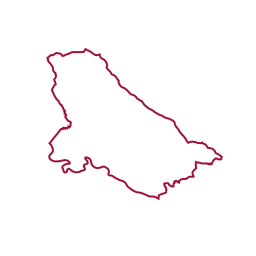 Toro, Valle del Cauca, Colombia, rotated 108°
{"feature_id": "7082276B37830397780712", "entity_name": "Toro", "entity_type": "district", "adm_level": 2, "iso_a3": "COL", "parent_name": "Colombia", "parent_adm1": "Valle del Cauca", "projection": "equal_earth", "projection_center": [-76.078, 4.647], "detail": "fine", "context": "isolated", "style": "outline", "palette": "rose", "viewbox_px": 256, "rotation_deg": 108, "n_neighbors": 0, "source": "geoboundaries", "source_scale": "gbopen_adm2", "svg_char_len": 5846}
<svg xmlns="http://www.w3.org/2000/svg" viewBox="0 0 256 256"><g transform="rotate(108 128 128)"><path d="M126.6,29.9L125.7,31.9L125.6,32.4L125.1,34.0L124.8,36.4L124.6,37.0L124.4,37.3L123.3,38.0L122.4,39.5L121.7,40.9L121.6,41.5L121.9,44.4L122.3,45.8L121.6,46.7L120.6,47.8L119.8,49.1L119.6,50.2L119.5,52.1L119.4,52.4L118.9,52.9L119.1,53.1L119.7,53.4L119.8,53.6L120.0,54.4L120.7,57.0L120.5,59.7L120.9,60.9L120.9,62.3L121.4,63.2L121.7,64.0L122.8,65.5L123.3,65.8L123.4,66.2L122.8,67.4L121.8,68.6L120.7,69.4L120.3,70.3L119.8,70.7L119.2,71.8L118.3,73.0L117.5,74.8L116.7,75.7L115.8,77.6L114.4,78.9L112.6,81.4L111.7,83.0L109.9,84.6L109.0,85.0L108.0,85.7L107.7,86.3L107.1,87.7L106.5,91.6L106.6,93.7L106.5,95.6L106.6,96.8L106.5,97.2L105.6,99.9L105.8,101.5L105.6,102.8L105.4,103.8L105.3,104.8L105.0,105.6L104.5,107.9L104.0,108.9L103.7,110.0L103.4,111.7L103.2,113.4L103.1,114.1L102.6,115.5L100.9,119.7L99.8,121.0L99.3,121.8L98.5,122.7L98.2,123.1L98.1,123.6L98.2,124.4L98.1,125.2L97.6,126.4L97.1,128.6L96.7,129.2L95.8,130.2L95.2,131.8L95.0,132.9L95.1,134.9L94.8,136.3L93.7,138.3L92.9,139.5L91.7,142.2L91.3,143.5L91.1,144.7L91.0,146.8L89.5,149.3L88.8,150.2L87.3,151.2L87.0,151.3L86.1,151.3L85.6,151.6L85.4,152.4L85.0,153.1L83.7,154.5L82.6,156.2L82.1,158.1L82.0,159.6L81.8,160.4L81.5,160.8L80.6,161.4L80.3,161.8L77.9,166.2L77.2,167.0L76.5,167.2L75.0,167.1L74.5,167.2L73.7,167.7L71.8,169.6L71.1,170.5L70.7,171.2L69.6,175.4L69.1,176.2L68.5,176.7L66.8,177.8L67.3,178.4L68.4,180.2L68.6,180.8L68.6,181.9L68.4,183.2L67.3,186.4L66.8,188.2L66.6,190.2L66.2,192.1L66.2,192.9L67.3,193.0L68.9,193.5L69.3,193.7L69.5,194.0L72.0,201.1L72.9,204.1L73.2,204.6L76.1,207.8L77.6,210.0L78.8,211.0L79.7,212.4L79.7,212.8L78.8,213.8L78.2,215.3L78.5,216.8L78.6,218.3L78.7,219.0L78.9,219.4L79.9,220.3L81.8,221.7L82.1,222.4L82.3,223.5L82.6,223.9L85.1,225.5L86.1,226.3L86.5,226.3L87.5,225.2L88.9,224.8L89.7,223.4L90.2,222.9L90.8,221.7L92.2,219.8L93.1,218.7L94.3,217.8L94.8,217.8L96.2,217.0L97.2,216.2L97.4,215.9L97.8,215.0L98.0,214.1L98.2,213.9L99.1,213.8L100.0,212.8L100.9,212.5L102.3,212.5L103.0,212.6L104.8,213.2L105.5,212.7L107.4,211.1L108.7,210.3L109.4,210.6L110.0,211.1L111.3,211.5L114.4,212.1L115.5,212.1L115.6,211.9L116.2,211.2L117.3,210.5L117.7,209.9L118.9,209.0L119.8,207.9L120.6,207.3L121.1,206.8L121.6,205.9L122.4,205.3L122.6,204.4L123.5,203.4L123.8,202.4L125.8,200.6L126.2,199.7L126.6,199.5L126.9,198.0L127.5,197.9L128.8,195.9L129.4,195.8L130.0,195.3L130.3,194.6L130.6,194.5L130.8,194.3L130.9,193.6L131.0,193.4L131.7,193.1L132.1,193.4L132.4,192.8L133.4,192.9L133.9,192.8L134.1,191.7L134.7,191.3L134.8,190.7L135.1,190.7L135.9,191.2L136.3,191.3L136.7,191.1L137.3,190.4L137.8,190.2L138.2,189.2L138.9,188.6L139.1,188.1L139.9,186.9L139.9,186.5L139.8,185.8L139.9,185.1L140.0,184.7L140.4,184.1L140.9,183.9L142.6,183.9L143.4,183.3L144.0,183.4L145.4,183.9L145.1,185.1L145.4,185.0L145.7,185.3L147.0,185.5L146.9,185.9L147.1,187.1L147.8,187.5L148.1,187.5L148.2,188.3L147.7,188.3L147.4,189.1L147.5,189.4L147.7,189.6L148.2,189.6L148.6,189.2L149.2,189.9L149.1,190.0L149.1,190.4L149.5,191.3L166.9,197.9L167.7,196.2L168.3,195.5L170.1,193.8L171.5,192.8L172.9,192.4L174.4,192.4L176.0,193.0L177.5,193.8L179.0,194.2L179.6,194.1L180.9,193.3L181.5,192.7L181.8,192.0L182.1,191.3L182.4,189.5L182.5,188.6L182.3,186.9L180.9,183.2L180.3,182.1L178.2,178.6L177.9,177.7L177.8,176.5L177.8,175.5L178.0,174.4L178.3,173.8L179.1,172.7L179.4,172.4L179.9,172.6L181.2,175.4L182.9,177.2L184.6,178.3L185.3,178.4L185.9,178.2L186.4,177.9L187.3,176.9L188.7,176.1L189.4,175.4L189.8,175.0L189.8,174.7L189.7,174.1L189.4,173.3L189.1,173.0L188.5,172.7L188.1,172.7L187.6,172.9L186.4,172.9L185.6,172.4L185.0,171.7L184.9,171.5L186.2,167.7L186.4,166.6L186.4,164.7L186.3,164.0L185.9,162.9L184.8,160.8L183.4,159.2L181.9,157.2L181.2,156.4L180.8,156.2L180.2,156.2L179.7,156.5L178.6,157.7L178.2,158.1L177.3,158.4L176.9,158.4L176.6,158.2L176.0,157.7L175.4,156.7L174.5,155.8L174.0,155.6L173.0,155.7L172.6,156.1L171.6,157.1L170.3,159.2L169.7,159.5L169.4,159.4L168.8,158.6L168.7,158.3L168.7,157.5L168.8,156.3L169.0,155.4L169.9,153.9L170.4,153.4L171.5,152.7L173.9,151.2L174.3,150.7L174.9,149.8L175.6,148.1L175.7,147.4L175.8,146.5L175.7,145.3L175.5,144.5L174.3,142.2L172.7,140.2L172.2,139.2L172.1,138.2L172.5,136.3L172.7,135.5L173.1,134.5L173.7,133.8L174.3,133.2L175.3,132.6L175.7,132.5L176.0,132.6L177.0,132.6L178.1,132.4L178.4,132.1L178.7,131.6L178.7,131.1L178.4,129.0L178.4,128.1L178.6,127.2L179.2,125.4L179.8,122.2L180.1,120.0L180.1,116.5L180.5,114.6L180.8,113.9L181.3,113.1L183.4,110.7L184.2,109.3L185.5,105.4L186.1,102.9L186.3,101.3L186.3,99.6L185.8,97.0L185.7,94.5L185.8,92.8L186.4,87.2L186.4,86.3L185.3,82.4L185.2,81.1L185.2,80.4L185.8,77.1L184.9,77.3L182.7,77.9L182.4,77.8L181.1,76.5L180.2,75.1L179.3,74.1L178.4,72.7L177.6,72.1L177.1,72.0L174.9,72.4L174.3,72.8L174.1,73.1L173.4,73.2L173.0,73.5L172.4,74.2L172.0,75.0L171.5,75.5L170.1,76.3L169.6,76.3L169.2,75.7L168.7,74.4L168.2,73.4L168.1,73.0L168.2,72.7L168.7,71.9L169.5,71.3L169.6,70.4L170.1,69.4L169.9,68.6L170.0,67.9L169.6,66.9L169.2,66.7L168.4,67.1L167.7,67.4L166.8,67.3L165.8,66.6L165.6,66.7L165.4,67.1L165.2,67.3L164.8,67.3L164.0,66.9L163.6,66.1L163.4,65.1L164.0,64.4L164.3,63.8L164.1,63.1L164.2,62.7L163.8,62.7L163.0,63.3L162.5,63.1L162.1,62.5L160.6,61.8L159.7,60.4L158.9,58.1L158.1,56.6L157.0,56.1L156.3,55.5L155.9,55.0L155.3,54.1L154.8,53.1L154.2,50.9L154.0,50.6L153.2,51.0L152.6,51.7L152.1,52.1L151.0,52.7L150.4,52.9L149.7,52.9L149.2,52.8L145.1,50.8L144.6,50.9L143.0,51.8L141.8,52.3L140.3,52.7L139.7,52.8L139.3,52.8L139.4,50.9L139.1,50.4L139.0,49.9L138.8,46.5L138.0,43.9L137.2,41.8L137.5,40.7L137.5,39.4L137.2,38.6L136.9,38.1L136.6,39.1L136.3,38.3L135.9,37.7L135.2,37.2L133.7,37.0L132.2,36.6L130.8,35.9L130.2,35.5L129.7,34.9L129.7,33.5L129.8,32.9L129.8,31.8L129.2,30.2L128.9,29.8L128.6,29.7L126.8,30.0L126.6,29.9Z" fill="none" stroke="#9f1239" stroke-width="2"/></g></svg>